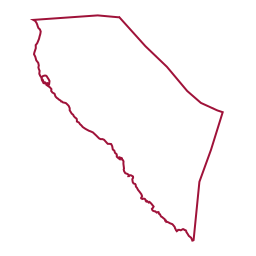 the district of Al-Tur, Janub Sina', Egypt
{"feature_id": "37247803B51826009871737", "entity_name": "Al-Tur", "entity_type": "district", "adm_level": 2, "iso_a3": "EGY", "parent_name": "Egypt", "parent_adm1": "Janub Sina'", "projection": "orthographic", "projection_center": [33.545, 28.362], "detail": "fine", "context": "isolated", "style": "outline", "palette": "rose", "viewbox_px": 256, "rotation_deg": 0, "n_neighbors": 0, "source": "geoboundaries", "source_scale": "gbopen_adm2", "svg_char_len": 2967}
<svg xmlns="http://www.w3.org/2000/svg" viewBox="0 0 256 256"><path d="M33.3,19.9L35.3,21.0L36.6,23.1L37.2,24.5L37.6,25.9L38.4,28.0L39.9,29.4L40.7,31.5L40.3,34.0L39.6,36.4L39.0,38.9L37.3,43.0L36.3,44.4L35.7,45.1L35.8,48.2L35.1,50.3L34.4,52.4L34.0,54.2L35.3,56.8L36.3,60.4L38.2,62.8L38.8,65.4L38.4,67.4L38.8,69.0L39.6,70.8L39.3,73.8L40.2,75.8L41.3,77.4L41.6,78.5L41.9,80.1L42.9,81.8L43.5,83.1L44.8,83.4L45.9,83.3L45.7,82.9L45.0,82.3L44.1,82.3L43.7,81.9L43.3,81.3L43.0,80.4L42.7,79.7L41.6,78.6L41.6,78.4L41.8,77.4L42.2,76.7L42.6,76.4L43.1,76.0L44.5,75.6L45.8,75.6L46.7,76.2L47.6,77.7L48.7,79.4L49.5,81.0L49.2,83.7L49.0,84.7L48.1,85.1L47.4,85.1L47.0,85.0L46.7,84.9L46.8,84.5L46.9,84.3L47.2,84.0L48.0,83.4L47.5,83.1L46.8,83.4L46.3,84.2L46.3,84.7L46.6,85.0L48.6,86.4L50.0,87.4L51.4,89.1L51.2,90.9L52.4,92.5L54.5,93.7L55.5,96.5L56.8,97.9L58.0,98.7L58.8,99.5L60.6,100.6L61.2,101.5L61.9,101.5L62.9,102.4L64.9,102.8L65.9,103.1L67.4,104.5L68.7,105.9L69.7,108.2L69.7,110.3L71.7,113.6L73.2,114.8L73.7,116.0L75.0,117.5L75.8,118.0L76.7,118.9L76.9,120.3L76.9,121.5L77.9,122.0L78.9,122.5L80.1,124.3L81.3,125.3L82.7,127.0L84.3,128.1L85.5,128.9L87.5,130.0L89.2,130.9L90.2,131.2L92.9,132.4L96.0,135.3L99.1,138.4L100.5,139.1L102.5,139.1L104.1,139.8L106.6,142.6L107.7,143.8L110.1,143.9L111.2,144.1L112.2,146.2L112.8,149.5L114.3,150.6L115.0,152.8L116.6,154.2L116.9,155.6L116.7,156.0L116.8,156.7L117.5,157.4L119.0,158.6L120.0,159.3L120.2,159.0L119.6,158.4L118.9,158.1L119.6,157.5L119.6,157.4L120.4,157.7L121.5,158.0L122.0,158.4L122.1,159.6L122.9,160.1L123.5,161.3L123.4,163.7L124.0,168.5L123.7,169.5L124.1,171.2L125.3,173.2L127.1,173.8L128.4,174.6L128.7,175.6L128.5,176.1L129.1,176.1L129.6,175.4L130.1,175.2L131.2,175.4L133.0,176.5L133.1,177.8L132.3,179.2L132.7,182.0L133.5,183.4L135.2,184.0L135.7,184.9L135.9,186.6L137.0,187.9L137.9,189.7L139.8,192.1L141.4,194.3L142.1,196.2L141.6,197.2L141.2,197.6L141.2,198.0L141.6,197.9L142.2,199.0L142.9,198.9L143.8,198.6L144.8,198.9L145.9,200.3L145.7,200.8L146.2,201.4L146.4,201.1L147.3,201.1L147.9,201.9L148.7,202.5L149.0,202.1L149.5,201.9L150.4,202.8L151.2,203.5L152.7,205.4L153.6,206.5L153.1,207.6L152.5,208.2L151.9,208.9L152.3,210.0L152.9,210.7L154.0,211.1L154.3,211.3L155.4,211.4L156.0,212.0L156.7,212.6L158.1,212.0L158.7,212.3L158.8,213.1L159.1,213.9L160.1,214.4L160.4,215.4L161.2,216.6L162.2,217.1L163.2,218.0L164.2,218.8L164.8,219.3L165.2,220.7L165.9,220.6L166.3,221.9L166.8,221.7L167.3,221.9L168.7,222.5L169.6,223.1L172.4,224.2L173.7,225.7L174.8,227.2L175.0,228.2L175.5,229.0L176.0,230.2L176.8,231.2L177.8,230.4L178.1,229.9L179.6,229.9L180.8,230.3L181.9,229.7L182.7,229.2L183.6,229.2L184.6,230.1L185.6,230.2L186.2,231.0L186.3,231.9L186.9,232.8L187.7,234.0L188.8,235.9L191.1,237.7L192.1,239.9L192.3,240.6L192.8,240.6L193.1,240.2L193.3,240.1L193.6,240.0L199.4,181.8L211.0,149.8L222.7,112.2L217.3,110.4L200.9,102.9L187.2,91.0L166.9,66.8L145.4,46.2L119.2,17.1L118.7,17.3L97.7,15.4L33.3,19.9Z" fill="none" stroke="#9f1239" stroke-width="2"/></svg>